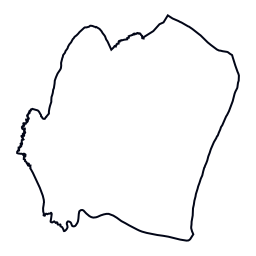 Non Sang, Nong Bua Lam Phu, Thailand
{"feature_id": "78962969B40369427634380", "entity_name": "Non Sang", "entity_type": "district", "adm_level": 2, "iso_a3": "THA", "parent_name": "Thailand", "parent_adm1": "Nong Bua Lam Phu", "projection": "natural_earth1", "projection_center": [102.437, 16.906], "detail": "fine", "context": "isolated", "style": "outline", "palette": "ink", "viewbox_px": 256, "rotation_deg": 0, "n_neighbors": 0, "source": "geoboundaries", "source_scale": "gbopen_adm2", "svg_char_len": 5577}
<svg xmlns="http://www.w3.org/2000/svg" viewBox="0 0 256 256"><path d="M232.1,55.1L230.0,53.8L227.9,52.2L227.1,51.9L222.6,51.2L220.7,50.7L219.0,50.5L216.9,49.5L210.9,45.0L207.7,42.4L200.6,35.4L199.4,34.5L192.4,29.0L188.9,26.6L188.2,26.4L181.3,22.4L180.4,22.1L178.4,21.0L172.6,18.5L167.8,15.4L163.5,22.4L159.5,24.2L153.3,31.1L143.8,37.1L143.6,38.5L142.3,38.2L142.3,37.8L142.0,36.6L142.1,35.8L141.1,35.1L140.7,34.2L139.8,33.3L139.6,33.3L139.5,33.7L139.1,33.8L138.1,33.1L137.6,33.0L136.9,33.6L136.5,33.5L136.4,33.8L136.2,33.8L136.1,33.6L135.8,33.8L135.1,34.0L134.8,34.3L134.2,33.6L133.4,33.9L133.4,34.4L132.7,35.0L131.7,35.1L131.3,35.4L130.0,35.7L129.3,36.1L128.8,36.2L128.9,36.9L128.8,37.7L127.9,37.8L127.8,38.0L127.2,38.1L127.2,39.3L126.6,39.4L124.3,39.7L123.1,40.0L121.1,40.6L121.0,40.3L119.2,41.0L119.4,41.6L118.7,41.7L118.6,41.8L118.6,43.6L117.1,43.8L116.8,44.5L116.5,44.5L116.0,45.9L115.7,45.9L115.7,46.5L114.9,46.4L114.5,46.2L113.5,47.6L111.3,49.7L107.5,41.4L106.2,39.5L105.1,36.5L104.5,35.5L102.6,33.1L101.5,31.2L99.5,28.9L96.3,27.0L95.7,27.3L95.2,26.9L94.0,26.6L92.6,26.0L90.7,25.7L90.1,25.8L89.0,26.7L88.7,26.8L86.5,27.4L84.9,27.4L84.2,27.8L79.3,32.3L78.3,33.6L76.5,35.4L74.9,36.6L74.4,37.1L73.6,38.4L72.8,39.1L71.1,42.3L69.4,44.3L68.9,45.1L67.9,47.0L67.8,47.7L67.3,48.7L65.5,51.1L65.1,52.4L64.8,53.0L63.9,54.1L63.1,55.2L62.8,56.9L62.3,58.1L61.1,62.9L61.2,65.8L60.9,68.1L60.3,69.5L57.6,73.5L56.0,77.2L54.8,80.6L54.6,83.4L53.9,88.1L53.2,89.8L52.8,92.8L52.2,95.1L51.5,97.1L51.3,100.2L51.3,101.9L50.0,105.9L49.4,108.4L48.9,111.5L48.9,113.6L46.4,116.6L46.3,116.9L46.0,117.0L45.9,117.3L45.5,117.7L44.8,118.8L44.0,118.9L43.2,118.7L42.6,118.3L41.9,117.0L41.1,116.4L41.0,116.1L41.1,115.4L41.0,115.0L40.4,114.2L40.1,113.6L39.2,112.0L38.5,111.1L37.7,110.4L32.4,108.9L31.9,109.3L31.5,109.2L31.0,109.4L30.8,109.7L31.0,110.0L30.8,110.6L30.5,110.7L30.2,110.6L29.7,110.9L29.4,111.2L29.8,111.6L29.5,112.0L29.7,112.7L29.4,113.3L29.2,113.4L28.9,113.0L28.7,113.0L28.4,113.8L28.0,114.2L27.9,114.9L27.3,115.1L27.2,115.4L27.6,115.6L27.7,116.0L27.3,116.4L27.3,116.6L28.0,117.2L28.7,118.2L28.8,118.6L28.7,118.9L28.3,119.2L28.1,118.7L27.9,118.8L27.9,120.7L27.5,120.7L27.2,120.3L26.8,120.4L26.8,119.8L26.7,119.6L26.1,119.6L26.1,119.9L26.7,121.4L27.3,121.6L27.3,121.9L26.7,122.5L26.2,122.6L25.8,123.5L25.7,123.7L25.3,123.5L24.5,123.5L24.0,123.1L23.4,123.3L23.3,123.6L23.6,124.2L23.5,124.9L24.2,125.1L24.2,125.6L23.9,126.0L23.4,125.8L23.0,125.9L22.4,126.4L21.9,127.1L22.1,127.6L22.4,127.7L22.1,128.1L22.2,128.6L23.5,129.5L24.1,129.6L24.6,128.5L24.8,128.5L24.9,129.0L24.6,130.3L24.1,130.9L24.1,132.3L24.4,132.5L24.7,132.1L25.0,132.0L25.2,132.4L25.1,132.7L24.9,132.7L24.6,132.9L24.4,133.8L24.1,134.2L23.8,134.2L23.4,133.7L23.0,133.7L22.8,134.0L22.9,134.4L23.3,134.4L23.5,134.5L23.7,135.1L24.1,135.5L24.0,135.8L21.7,135.9L21.5,136.0L21.5,136.4L22.2,137.5L22.8,137.6L22.9,138.0L22.6,139.0L23.2,139.1L23.5,139.5L23.2,139.7L22.2,139.8L21.8,140.1L21.7,142.5L22.1,143.2L22.0,144.1L21.7,144.3L21.1,143.5L20.8,143.5L20.6,143.7L20.6,143.9L21.5,145.0L21.4,145.3L20.7,145.5L20.4,145.7L20.3,146.2L20.9,146.3L21.0,146.4L20.2,147.3L19.7,147.5L18.9,147.4L18.6,147.5L18.6,148.5L19.1,149.2L19.1,150.4L18.9,150.6L18.3,150.3L18.0,150.4L17.9,151.0L17.4,151.4L17.1,152.0L17.2,153.1L18.4,153.5L20.9,153.8L21.6,153.7L22.5,154.1L23.0,154.7L23.3,153.9L23.7,153.7L24.4,153.8L25.4,154.5L25.5,154.8L25.2,155.0L24.6,154.9L24.4,155.1L24.4,155.5L25.3,156.2L25.3,156.4L25.1,156.6L24.3,156.7L24.0,157.0L23.9,157.2L23.8,158.5L23.8,159.2L24.9,159.5L25.1,160.0L25.1,161.2L25.7,161.5L26.5,162.3L26.9,163.6L27.1,163.7L27.5,163.4L28.6,163.6L28.8,163.7L28.9,164.0L28.7,164.3L27.9,164.8L27.9,165.2L28.1,165.5L28.4,165.6L28.6,165.1L30.3,165.5L29.9,166.2L30.3,166.6L30.5,167.1L30.3,168.1L30.3,168.5L30.8,169.1L32.9,172.9L39.8,187.7L42.8,195.7L43.8,199.9L44.0,202.4L43.7,203.8L43.7,204.5L43.1,208.1L43.2,211.5L43.9,213.8L43.8,214.4L43.6,215.0L43.6,215.3L44.2,215.6L44.7,215.7L45.6,214.1L46.1,213.7L47.5,214.2L48.6,213.6L50.3,213.6L50.6,213.4L50.9,212.9L51.2,212.9L51.6,213.5L51.7,214.1L51.0,219.2L50.6,221.2L50.7,221.8L51.4,222.3L52.4,222.4L53.7,221.6L54.2,221.4L54.7,221.8L55.7,222.9L56.1,222.8L56.7,222.3L57.1,222.4L57.5,223.0L57.6,224.2L57.8,224.5L59.2,224.7L60.3,224.5L60.5,224.8L60.5,226.3L62.2,227.2L63.5,229.7L63.8,230.9L64.0,231.1L64.7,231.0L66.0,229.9L66.7,229.0L67.5,227.5L67.5,226.7L67.3,225.5L66.8,224.0L66.8,223.2L67.0,222.5L67.7,221.5L68.3,221.4L69.5,221.7L70.6,222.4L71.1,223.2L71.7,224.9L72.4,226.1L73.9,226.4L75.2,225.9L75.7,225.4L77.4,222.8L78.0,221.2L78.4,218.8L78.8,213.9L79.3,211.4L79.9,210.8L81.0,210.1L82.3,210.0L83.5,210.5L86.2,213.4L89.4,216.1L91.3,217.1L93.3,217.6L96.0,217.3L97.6,216.8L100.7,215.4L103.8,214.4L106.3,213.9L108.8,213.9L113.3,215.6L116.9,217.8L121.4,221.1L125.2,223.1L129.2,225.4L137.1,229.5L139.4,230.6L142.0,231.6L146.7,232.9L157.3,235.0L163.2,235.8L168.4,236.7L180.2,239.6L186.4,240.6L188.2,240.5L188.9,240.2L190.1,239.3L193.3,234.3L192.0,231.2L191.2,228.2L191.2,226.9L191.5,224.5L191.6,221.7L192.7,215.5L193.0,208.4L193.8,204.8L194.4,200.7L195.5,196.6L195.9,194.1L197.6,188.7L198.1,186.6L199.5,182.8L200.8,178.7L202.3,175.4L203.2,171.4L204.3,167.5L204.7,167.1L205.0,165.9L206.2,163.3L207.3,160.4L208.3,156.4L209.7,152.8L210.5,150.2L211.0,148.8L213.9,142.1L216.2,138.2L217.0,136.3L217.7,135.7L217.9,135.2L218.8,132.7L220.2,129.6L221.0,127.1L222.3,125.2L225.8,117.1L226.3,116.1L227.0,115.1L229.0,111.1L232.7,101.2L234.6,93.7L235.4,91.6L237.2,88.1L237.4,87.3L238.0,82.8L238.7,80.6L238.9,75.5L238.3,73.5L237.5,71.7L235.3,65.5L232.7,57.2L232.1,55.1Z" fill="none" stroke="#020617" stroke-width="2"/></svg>